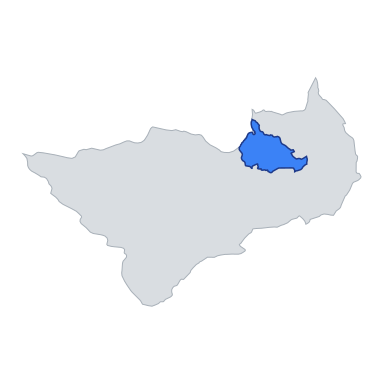 Ombella-M'Poko on a map of Central African Republic (Albers equal-area conic projection), rotated 180°
{"feature_id": "CAF-4856", "entity_name": "Ombella-M'Poko", "entity_type": "Prefecture", "adm_level": 1, "iso_a3": "CAF", "parent_name": "Central African Republic", "parent_adm1": "", "projection": "albers", "projection_center": [18.055, 4.882], "detail": "fine", "context": "in_parent", "style": "filled", "palette": "blue", "viewbox_px": 384, "rotation_deg": 180, "n_neighbors": 0, "source": "natural_earth", "source_scale": "10m", "svg_char_len": 7146}
<svg xmlns="http://www.w3.org/2000/svg" viewBox="0 0 384 384"><g transform="rotate(180 192 192)"><path d="M272.7,137.6L276.5,138.6L277.2,139.7L276.2,143.6L276.9,146.0L279.1,148.0L281.3,148.8L283.4,149.3L290.7,150.5L293.7,151.9L297.8,156.3L302.8,160.4L304.0,162.6L303.8,164.5L302.4,166.9L302.6,167.9L305.0,170.3L307.6,172.7L312.5,175.4L320.9,179.6L324.8,182.4L326.1,184.6L328.3,186.9L331.3,189.1L333.3,190.7L332.0,195.4L332.4,197.0L333.2,198.3L335.0,200.1L335.7,202.5L337.5,205.5L339.6,206.8L343.0,207.2L344.9,208.6L348.7,210.9L352.4,212.9L354.0,214.3L355.0,215.5L355.8,217.0L356.3,218.5L356.4,221.7L357.1,225.6L359.1,228.3L361.0,230.3L353.4,228.1L352.3,228.0L351.0,228.4L347.1,231.3L345.8,231.7L340.9,231.2L328.9,229.1L319.7,227.0L316.9,226.3L312.0,225.6L308.7,227.1L305.7,232.2L304.9,233.2L300.1,234.7L297.8,234.3L292.3,235.8L283.7,233.8L280.6,234.2L278.2,235.3L272.1,237.6L268.4,239.0L264.1,240.2L259.9,242.1L257.2,243.1L254.5,243.1L252.0,242.1L249.3,241.2L246.1,241.0L242.8,241.6L239.9,243.6L238.8,245.1L236.4,248.9L233.5,255.2L232.4,256.4L231.3,257.1L217.9,254.1L212.1,253.4L208.2,254.3L203.3,252.6L201.2,252.3L200.2,252.9L197.5,252.1L193.0,250.0L188.8,249.1L185.0,249.5L182.6,248.8L180.8,246.7L178.3,242.9L174.0,239.2L168.1,236.2L164.5,233.9L163.0,232.4L159.9,231.6L155.0,231.4L150.4,232.9L143.8,237.6L137.6,247.3L134.2,251.0L131.4,251.9L130.7,254.2L132.1,257.9L132.5,262.2L131.5,269.4L131.9,274.6L130.4,273.8L129.0,271.3L128.3,270.8L124.2,272.0L122.1,272.9L121.0,273.9L120.1,274.1L118.8,272.7L117.8,272.5L116.2,272.7L114.6,272.7L113.5,272.5L112.8,272.7L110.9,271.9L103.8,269.8L102.6,269.2L101.2,269.2L97.6,271.0L95.7,271.5L89.9,272.6L83.6,273.1L81.3,273.1L79.6,273.9L78.6,275.0L76.6,281.6L76.1,282.8L76.2,284.5L75.6,289.8L75.9,291.5L68.4,306.2L67.1,303.7L66.4,300.8L66.1,297.6L66.3,296.7L65.8,295.7L65.2,293.0L65.8,291.3L65.3,289.5L63.8,287.7L62.5,286.3L61.8,285.1L61.1,284.5L59.7,284.4L57.8,283.7L49.5,275.1L40.9,265.3L39.2,262.2L38.5,260.4L40.6,260.2L41.2,259.9L41.2,259.0L39.9,256.5L39.3,253.4L38.2,251.4L34.9,248.4L31.7,246.2L30.7,245.0L30.1,243.4L28.9,232.9L28.4,229.9L27.4,228.6L26.6,228.0L26.4,227.3L26.5,225.4L26.9,223.7L26.9,223.1L27.8,221.6L27.9,212.0L26.8,210.6L24.9,210.6L23.9,209.2L23.0,207.4L23.3,206.1L25.2,204.2L26.4,203.4L30.1,201.9L31.1,201.1L31.7,200.2L32.2,198.9L34.3,193.9L37.5,189.0L38.8,188.0L42.0,180.7L42.8,178.8L43.4,176.9L44.4,175.5L47.8,173.0L50.5,168.7L53.3,168.9L56.2,169.6L60.0,170.0L62.9,169.1L64.8,167.5L73.8,164.6L74.5,162.3L75.9,161.0L77.6,160.0L78.2,159.8L78.3,160.6L79.3,163.0L81.3,165.4L84.4,168.1L85.2,167.9L87.1,165.9L91.8,164.7L93.0,164.1L96.4,161.2L100.4,159.4L102.8,158.7L106.8,156.8L109.7,157.0L114.4,156.7L122.1,155.8L127.7,155.5L130.6,155.2L131.3,154.8L132.4,152.0L133.2,151.2L135.3,150.0L139.4,145.8L142.1,142.2L142.9,140.9L143.5,140.7L144.7,139.2L143.5,137.6L138.9,134.5L138.9,134.1L138.7,133.5L138.9,133.1L140.7,131.8L143.1,130.4L145.6,129.8L152.2,129.9L157.8,129.6L159.1,129.6L163.5,128.9L166.5,128.2L169.6,126.7L176.6,126.8L182.4,122.9L184.1,122.2L184.8,121.6L185.0,121.1L187.7,119.5L190.8,116.3L193.2,113.5L193.8,111.5L200.4,104.6L202.7,104.8L203.8,103.9L206.4,99.4L207.2,98.5L209.9,97.7L211.2,96.4L212.3,94.3L212.3,91.9L211.7,89.9L211.7,88.9L212.4,88.0L213.4,87.1L218.4,84.7L219.6,83.5L220.4,82.4L221.8,82.2L223.3,82.3L224.3,81.7L225.4,80.5L228.8,79.0L232.0,77.8L235.4,78.3L241.5,79.8L243.3,83.0L244.2,84.1L251.8,91.7L253.3,93.5L257.1,99.1L259.4,102.8L262.0,108.2L262.3,111.1L262.0,113.6L261.5,120.8L260.9,122.8L257.6,126.7L257.4,128.4L258.1,129.8L259.2,130.4L259.8,131.1L259.4,134.5L260.6,135.8L263.1,136.6L269.4,137.2L272.7,137.6Z" fill="#d9dde1" stroke="#a8b0b8" stroke-width="1"/><path d="M144.8,236.6L144.2,237.2L143.8,237.6L143.5,238.3L143.3,239.1L143.1,239.3L142.9,239.6L142.7,239.7L142.5,239.9L142.3,240.9L141.9,241.3L141.5,241.6L141.0,242.0L140.1,243.5L139.5,243.8L139.4,243.9L139.0,244.7L138.1,245.4L137.5,246.3L136.2,249.6L135.6,250.5L134.7,251.1L133.5,251.5L133.0,251.6L132.5,251.7L131.9,251.6L131.5,251.3L131.3,250.7L131.1,250.2L130.8,249.7L130.5,249.5L129.9,249.5L129.5,249.6L129.1,250.1L128.9,250.5L128.8,250.8L129.0,251.2L129.4,251.6L129.1,252.1L129.3,252.5L129.9,253.0L130.1,253.4L130.9,254.0L131.0,254.3L131.1,254.8L132.1,256.5L132.4,257.6L132.8,259.8L132.8,261.4L132.7,262.1L132.5,262.7L131.9,263.6L131.9,264.1L131.9,264.5L129.9,263.6L129.2,263.4L128.9,263.3L128.7,263.1L128.3,262.5L128.1,262.2L127.9,262.0L127.7,261.8L127.3,261.6L126.9,261.4L126.6,261.1L126.4,260.8L126.2,260.4L125.1,259.2L124.8,258.7L124.7,258.4L124.9,257.7L125.0,257.4L125.0,257.0L124.8,256.2L124.8,255.9L124.9,255.3L124.8,255.1L123.9,253.1L123.6,252.8L123.3,252.6L122.7,252.4L121.9,252.3L121.6,252.2L121.3,252.0L120.9,251.6L120.1,250.0L119.8,249.6L119.3,249.3L118.8,249.1L118.4,249.2L118.0,249.4L117.6,249.4L117.3,249.3L117.0,249.0L116.7,248.9L116.3,248.9L116.1,248.8L115.9,248.8L115.2,248.6L114.6,248.5L114.3,248.5L114.1,248.5L113.8,248.7L113.7,248.8L113.6,249.0L113.3,249.1L113.1,249.0L112.5,248.8L112.2,248.8L111.9,248.8L111.7,248.7L111.4,248.2L111.3,247.9L111.2,247.7L109.8,247.0L109.5,247.0L109.2,247.0L108.6,247.2L107.5,247.2L107.2,247.3L107.0,247.5L106.9,247.6L106.6,247.6L106.3,247.5L105.5,247.2L105.1,247.0L104.4,246.2L104.1,245.9L104.0,245.5L103.1,242.0L102.9,241.4L102.0,240.2L101.7,240.0L101.3,239.8L99.3,238.8L98.2,238.1L97.1,237.0L96.4,236.5L95.9,235.9L95.6,235.6L94.4,235.0L94.0,234.7L93.7,234.3L93.6,234.1L93.3,233.9L93.0,233.9L90.8,234.2L89.8,232.6L89.7,232.5L89.7,232.4L89.8,232.4L90.3,232.2L90.5,232.2L91.0,231.7L91.3,231.6L91.7,231.4L92.6,231.1L92.8,230.9L92.9,230.7L91.3,227.9L90.7,227.3L88.1,225.3L87.7,225.1L87.3,225.1L86.7,225.2L85.7,225.5L84.7,225.5L84.0,225.4L83.5,225.2L82.8,224.7L82.3,224.9L81.3,225.3L77.5,227.6L77.1,225.9L76.8,225.1L76.8,224.6L76.8,224.0L77.3,221.2L77.2,219.9L78.2,219.5L79.5,218.6L81.0,217.1L81.4,216.7L81.8,215.8L82.3,215.2L83.3,214.4L86.6,213.3L88.0,213.1L88.5,212.8L88.7,212.6L89.3,212.3L89.3,213.6L89.4,214.0L89.9,214.8L90.4,215.8L91.0,216.0L92.5,216.1L105.1,216.0L106.1,215.6L111.1,212.8L111.3,212.6L111.5,212.4L111.7,212.1L112.0,211.8L112.4,211.5L113.2,211.3L113.6,211.4L114.0,211.5L114.5,211.9L115.9,212.5L116.0,212.7L116.1,213.0L116.1,213.4L116.2,213.6L116.3,213.7L116.6,213.9L116.9,213.9L117.2,213.8L117.8,213.6L118.1,213.6L118.4,213.6L118.6,213.8L119.1,214.1L119.3,214.1L119.5,214.1L121.7,213.8L122.3,213.9L122.6,214.0L122.8,214.3L122.8,214.5L122.9,214.9L122.9,215.1L123.1,215.2L123.5,215.1L123.9,215.0L124.7,215.0L125.3,215.1L125.8,215.2L126.1,215.4L126.3,215.5L126.4,215.8L126.4,216.1L126.2,216.3L125.9,216.5L125.7,216.7L125.6,216.9L125.7,217.1L125.8,217.4L126.1,218.0L126.2,218.3L126.3,218.6L126.3,219.5L126.3,219.8L126.5,220.0L126.9,220.0L127.9,219.6L129.1,219.1L131.3,218.0L131.6,217.7L131.9,217.2L131.9,216.8L132.0,216.5L131.9,215.9L132.0,215.7L132.4,215.7L133.8,217.3L134.7,217.7L135.2,217.7L138.1,218.2L138.4,218.4L138.6,218.8L139.0,221.4L139.3,221.9L139.7,222.4L140.6,223.0L141.2,223.3L141.4,223.6L141.8,224.0L142.3,225.0L142.5,225.6L142.6,226.1L142.5,226.7L141.8,228.7L141.7,229.3L141.7,229.9L141.9,230.6L144.4,233.8L144.8,234.8L144.7,235.8L144.8,236.6L144.8,236.6Z" fill="#3b82f6" stroke="#1e3a8a" stroke-width="1.5"/></g></svg>